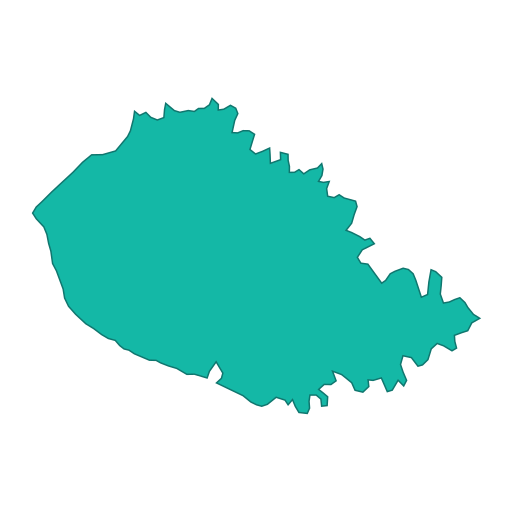 Ouro Verde do Oeste, Paraná, Brazil, rotated 179°
{"feature_id": "56859067B29282085628082", "entity_name": "Ouro Verde do Oeste", "entity_type": "district", "adm_level": 2, "iso_a3": "BRA", "parent_name": "Brazil", "parent_adm1": "Paraná", "projection": "robinson", "projection_center": [-53.938, -24.799], "detail": "fine", "context": "isolated", "style": "filled", "palette": "teal", "viewbox_px": 512, "rotation_deg": 179, "n_neighbors": 0, "source": "geoboundaries", "source_scale": "gbopen_adm2", "svg_char_len": 2549}
<svg xmlns="http://www.w3.org/2000/svg" viewBox="0 0 512 512"><g transform="rotate(179 256 256)"><path d="M33.4,189.8L39.6,193.8L45.1,200.8L47.9,205.8L52.9,210.7L58.1,209.0L63.6,206.6L69.4,205.7L72.4,214.7L71.4,222.9L70.6,231.4L76.6,237.2L81.2,239.2L83.6,227.0L85.1,214.5L91.4,211.9L96.6,228.8L99.2,235.5L103.8,239.8L109.1,241.2L117.3,238.3L122.1,235.9L126.8,229.3L130.8,226.6L144.3,245.9L151.3,247.0L154.7,252.9L149.6,260.4L137.5,266.2L141.8,271.7L146.9,270.0L151.8,273.5L160.0,277.8L165.5,280.1L159.8,287.1L157.1,295.8L154.1,303.6L155.5,309.1L166.8,312.4L171.8,315.8L176.8,313.0L183.3,314.5L184.2,322.2L181.5,329.2L187.3,328.4L192.2,329.5L188.7,335.3L187.5,341.7L188.7,347.2L193.0,342.9L200.8,341.2L206.8,337.3L211.5,341.6L216.0,339.0L221.2,339.0L221.0,344.9L222.2,351.0L222.2,357.1L229.8,359.2L229.7,351.9L240.0,348.4L240.2,357.4L240.5,363.7L247.7,360.5L254.7,358.0L260.2,362.6L257.7,370.4L255.3,377.7L260.7,381.3L266.7,381.5L272.2,379.4L277.8,379.8L274.9,392.0L271.7,398.7L273.7,404.1L278.9,407.1L285.7,403.3L291.2,402.6L291.0,408.2L297.2,414.3L299.9,408.0L305.1,404.5L310.9,404.5L315.1,401.6L321.2,402.6L329.6,401.0L335.1,402.8L343.6,410.2L344.9,403.9L345.7,396.0L352.3,393.7L358.8,396.5L363.6,401.5L369.9,398.6L374.9,402.8L376.1,395.2L379.4,383.3L382.3,377.7L388.0,371.1L394.5,363.5L407.6,360.0L418.6,360.0L427.8,352.7L437.3,343.1L450.2,331.6L459.0,323.7L469.3,313.8L474.8,308.9L478.6,302.8L475.0,297.0L467.6,288.8L464.7,281.3L463.1,272.2L461.0,264.4L459.5,252.0L455.8,244.7L449.4,226.4L448.1,217.3L444.3,209.0L437.3,200.8L427.3,191.2L419.6,186.3L411.8,180.2L405.1,176.1L398.2,174.1L393.8,168.8L389.6,165.4L384.7,164.1L379.4,160.4L364.4,153.7L357.7,153.4L353.2,150.8L345.4,147.6L337.2,145.0L327.2,138.9L319.6,138.9L307.0,134.9L304.6,141.5L297.7,150.9L291.2,139.5L292.7,134.3L297.7,129.8L283.4,122.6L271.4,116.6L263.7,110.1L258.0,107.2L252.9,105.7L247.2,107.5L238.3,114.4L229.5,111.4L226.5,106.7L222.0,111.8L219.3,104.9L215.8,98.8L207.5,97.7L205.1,102.9L205.5,109.8L204.5,116.0L198.2,115.9L193.6,111.8L193.0,104.7L187.5,105.2L186.8,114.0L191.0,117.7L195.7,121.5L190.1,126.4L183.3,126.2L178.1,129.8L181.5,139.5L172.5,136.0L168.6,132.8L162.5,127.6L159.3,120.0L151.5,118.0L145.5,123.5L146.1,130.2L141.1,129.6L132.8,131.9L127.1,118.1L122.1,119.5L116.1,129.3L110.6,123.5L107.6,129.0L111.0,137.4L113.4,145.0L110.8,153.7L102.4,151.7L96.0,143.0L91.4,144.2L85.9,149.4L82.4,160.1L76.4,165.4L70.1,163.0L61.7,157.8L57.1,160.4L58.7,167.1L59.0,173.2L51.6,175.8L45.6,177.6L41.4,185.4L33.4,189.8Z" fill="#14b8a6" stroke="#0f766e" stroke-width="1.5"/></g></svg>